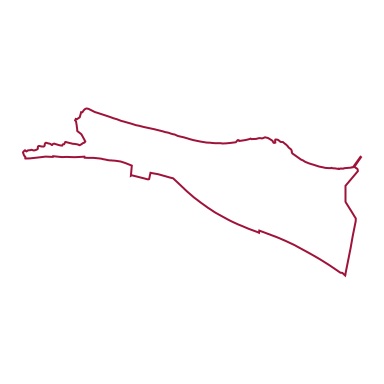 the district of Ainaži, Salacgrivas, Latvia, rotated 90°
{"feature_id": "27541924B80186779852289", "entity_name": "Ainaži", "entity_type": "district", "adm_level": 2, "iso_a3": "LVA", "parent_name": "Latvia", "parent_adm1": "Salacgrivas", "projection": "mercator", "projection_center": [24.349, 57.852], "detail": "fine", "context": "isolated", "style": "outline", "palette": "rose", "viewbox_px": 384, "rotation_deg": 90, "n_neighbors": 0, "source": "geoboundaries", "source_scale": "gbopen_adm2", "svg_char_len": 4770}
<svg xmlns="http://www.w3.org/2000/svg" viewBox="0 0 384 384"><g transform="rotate(90 192 192)"><path d="M143.9,319.7L144.2,319.9L144.3,320.7L144.3,321.0L145.4,321.9L145.5,321.9L145.5,322.2L145.5,322.6L145.5,323.1L145.2,324.7L143.9,329.1L143.6,329.8L143.9,330.9L144.0,331.0L144.3,331.3L144.7,331.6L145.0,331.9L145.0,332.1L144.9,332.4L144.1,333.3L143.6,334.4L143.5,335.3L142.8,337.8L142.8,338.2L143.0,338.5L143.4,338.9L144.1,339.2L144.3,339.3L145.1,339.3L145.6,339.4L145.9,339.5L146.2,339.8L146.5,340.2L146.6,340.5L146.5,342.1L146.4,343.0L146.0,344.4L146.0,345.0L146.1,345.4L146.2,345.7L146.4,345.9L146.8,346.1L147.2,346.2L148.1,346.1L148.7,346.2L149.1,346.5L149.3,346.7L149.6,347.3L150.1,348.6L150.3,349.2L150.4,349.8L150.4,350.5L150.3,351.0L149.9,352.1L149.8,352.7L150.1,353.3L150.2,354.2L150.4,356.1L151.4,357.5L151.1,358.1L150.4,358.7L150.3,359.0L150.4,359.3L151.1,360.0L152.3,361.0L152.8,360.9L154.8,360.2L155.8,359.7L156.8,358.7L157.7,358.7L158.0,358.8L158.5,358.6L158.4,354.1L157.3,344.2L156.6,338.4L156.9,332.0L156.9,331.1L156.2,330.9L156.6,327.0L156.9,324.2L157.1,321.8L156.9,317.2L157.1,312.3L157.1,310.8L157.2,309.8L157.0,305.0L156.8,301.7L156.7,300.4L156.7,299.9L156.7,299.6L157.7,299.4L157.9,295.1L157.9,290.2L158.4,285.1L158.7,282.7L159.2,280.7L159.6,278.4L160.0,276.7L160.3,274.9L160.4,273.7L160.4,272.8L160.5,272.1L160.7,269.0L161.5,263.4L163.1,258.5L165.6,252.2L175.8,253.1L175.3,252.2L177.8,242.2L179.1,237.1L179.4,236.0L179.2,235.2L179.1,234.9L172.8,233.5L173.0,232.7L174.2,225.9L177.0,215.9L177.3,215.0L178.3,210.9L183.8,205.0L190.1,198.4L191.5,196.9L197.4,190.1L203.0,182.7L208.1,175.6L208.5,174.9L212.3,169.2L212.5,168.8L212.6,168.7L216.3,162.0L219.9,155.4L221.7,151.8L221.9,151.4L222.3,150.5L224.5,145.7L225.9,142.2L228.9,135.1L232.0,126.7L232.8,125.0L230.6,124.7L237.5,106.3L241.1,98.0L245.0,89.7L254.0,73.2L259.0,64.5L265.4,54.3L272.7,43.6L272.9,41.6L275.1,39.3L275.3,39.0L275.5,38.8L274.8,38.6L272.9,38.4L272.6,38.3L248.1,33.4L236.7,31.4L221.2,28.3L218.5,28.2L211.8,32.3L202.4,38.2L201.6,38.5L201.2,38.5L185.8,38.5L171.1,26.1L169.3,26.4L168.5,27.1L167.7,28.5L166.8,29.6L162.2,26.5L157.2,23.0L156.8,23.5L167.0,30.8L167.3,31.0L167.3,31.7L167.2,31.8L167.2,32.0L167.3,32.2L167.4,32.3L167.4,32.5L167.5,32.7L167.6,32.8L167.7,33.8L168.2,39.7L168.3,40.0L168.5,40.1L168.6,40.3L168.6,40.5L168.6,40.8L168.6,41.3L168.6,41.5L168.7,41.9L168.5,42.1L168.5,42.6L168.5,43.6L168.6,43.8L168.8,44.2L168.8,44.3L168.9,44.5L168.8,44.8L169.0,44.8L169.0,45.0L169.0,45.3L168.6,47.5L168.4,48.8L168.3,49.4L168.3,50.8L168.2,51.1L168.1,51.4L168.1,52.0L168.0,52.4L167.9,52.5L167.9,52.8L168.1,53.1L168.1,53.9L168.1,55.4L167.9,58.5L167.3,61.2L166.5,65.1L164.9,70.0L163.8,73.7L163.0,76.0L162.3,77.6L161.9,78.7L160.2,81.4L159.7,82.8L153.4,91.7L152.6,92.1L152.1,92.2L151.7,92.1L151.3,92.3L150.9,92.3L150.6,92.4L150.1,92.6L149.5,92.9L147.3,95.6L146.4,96.1L145.8,96.7L145.1,97.4L144.5,98.0L143.5,99.4L142.1,101.0L141.9,103.4L139.9,105.9L139.5,107.4L139.5,108.5L139.9,108.8L140.7,108.9L142.6,108.7L142.9,109.4L142.9,110.0L142.6,110.6L140.8,111.5L139.7,113.2L138.0,116.0L137.3,119.0L138.0,120.6L138.4,121.8L138.3,123.0L138.1,123.9L138.2,125.2L138.9,127.9L139.1,132.2L139.1,132.7L138.7,133.2L138.6,133.6L139.0,134.3L140.0,138.2L141.0,144.8L140.2,145.3L140.1,145.7L140.1,146.3L140.5,146.7L141.9,147.8L142.3,148.4L142.5,150.2L143.0,154.1L143.4,158.7L143.5,161.7L143.2,163.2L143.2,168.8L143.0,171.5L142.7,174.1L142.6,177.2L141.6,183.3L140.1,190.7L139.0,194.7L138.3,196.8L137.9,198.4L137.5,199.5L136.5,203.9L135.9,206.3L135.1,208.0L134.5,209.3L134.3,210.6L133.7,212.9L132.9,215.0L132.5,216.6L132.1,218.8L131.4,221.0L130.8,223.4L129.2,229.8L127.4,238.3L126.9,240.6L125.7,245.2L125.2,248.0L123.7,252.6L122.6,256.6L121.6,260.0L120.9,262.8L119.3,266.9L118.2,270.7L117.0,273.9L115.2,279.3L112.7,287.0L112.1,289.0L108.9,295.4L108.5,297.1L108.6,297.9L109.0,298.8L109.6,299.6L110.6,300.5L111.5,301.1L112.3,301.7L112.2,302.9L113.9,303.3L115.2,303.7L117.3,304.3L117.8,305.0L119.2,307.1L118.9,308.2L120.4,308.9L121.4,308.0L121.9,307.9L125.5,307.3L126.2,307.2L126.6,307.2L129.2,306.8L130.7,306.8L131.0,306.7L131.6,306.0L133.7,303.3L134.2,302.7L135.7,301.8L138.1,300.5L139.6,299.7L139.9,299.5L140.7,299.2L141.0,299.0L141.3,298.8L141.4,298.7L141.5,298.7L141.7,298.8L141.8,298.9L141.9,299.0L142.0,299.1L142.3,299.5L142.6,299.6L143.2,301.2L144.2,302.5L144.7,303.4L144.8,303.6L145.0,304.0L145.2,304.3L145.1,304.6L145.1,304.8L145.0,305.1L144.8,305.3L144.7,305.7L144.5,306.0L144.4,306.6L144.3,307.1L144.1,308.1L144.0,309.0L143.9,309.6L143.9,310.1L143.8,310.7L143.8,311.3L143.4,312.7L143.1,314.1L142.9,314.9L142.7,315.6L142.6,315.9L142.5,316.3L142.4,316.8L142.3,317.4L142.2,317.6L142.1,317.8L142.0,318.0L142.0,318.3L142.0,318.5L142.1,318.8L143.9,319.7Z" fill="none" stroke="#9f1239" stroke-width="2"/></g></svg>